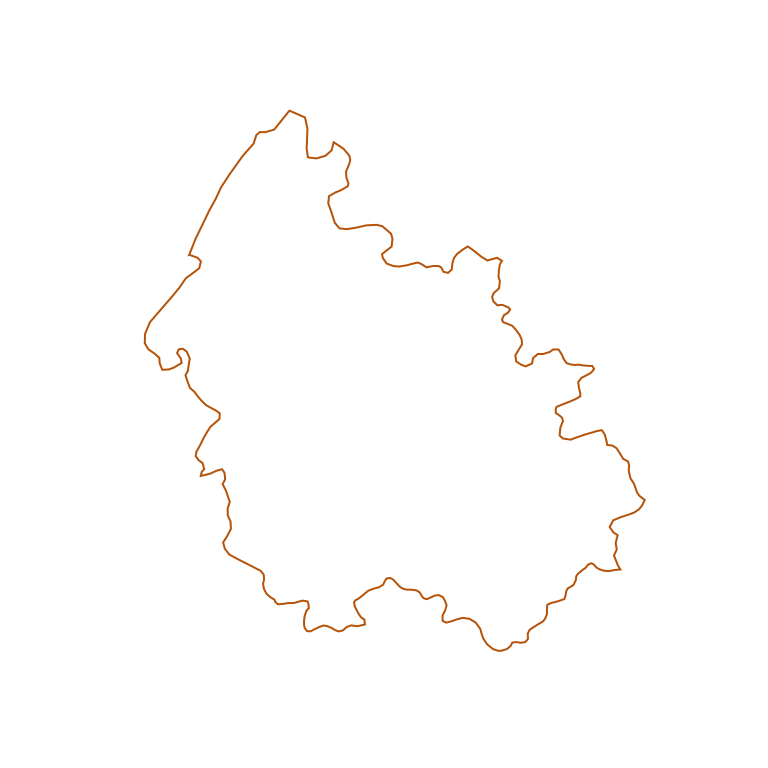 Shchuchyn, Grodno, Belarus, rotated 344°
{"feature_id": "67162791B66420794580046", "entity_name": "Shchuchyn", "entity_type": "district", "adm_level": 2, "iso_a3": "BLR", "parent_name": "Belarus", "parent_adm1": "Grodno", "projection": "orthographic", "projection_center": [24.728, 53.725], "detail": "fine", "context": "isolated", "style": "outline", "palette": "amber", "viewbox_px": 768, "rotation_deg": 344, "n_neighbors": 0, "source": "geoboundaries", "source_scale": "gbopen_adm2", "svg_char_len": 4689}
<svg xmlns="http://www.w3.org/2000/svg" viewBox="0 0 768 768"><g transform="rotate(344 384 384)"><path d="M221.4,566.6L227.4,567.7L231.2,568.1L233.3,568.7L237.3,569.7L242.4,569.7L245.7,569.7L250.6,571.9L250.8,574.4L250.0,578.6L247.0,580.5L244.1,584.6L241.9,589.5L240.9,592.9L240.5,596.6L241.9,600.3L245.2,601.5L249.7,600.6L254.4,599.8L259.0,599.4L262.5,601.0L266.4,604.0L268.4,606.3L271.7,609.1L273.7,609.5L276.6,609.5L281.3,607.3L285.9,607.0L291.8,609.5L299.4,609.9L300.2,605.0L297.5,601.7L296.1,597.2L294.6,589.9L295.0,585.6L296.5,584.2L300.7,583.2L312.1,578.3L317.6,577.9L323.1,578.0L328.0,576.6L330.0,574.2L332.7,571.7L336.4,572.1L339.0,574.6L341.1,578.8L342.5,581.7L344.3,584.5L346.6,586.6L349.8,588.2L352.3,588.8L355.3,590.0L358.4,591.4L360.8,594.1L361.8,597.5L362.4,599.8L363.5,601.2L365.7,602.6L369.2,602.2L374.5,601.4L378.5,602.0L381.8,605.1L382.8,608.9L383.2,614.0L380.2,618.7L376.5,622.6L375.1,627.9L377.9,630.5L383.4,630.7L388.7,630.3L395.2,630.5L401.1,633.1L403.6,635.6L406.4,638.6L409.0,645.9L409.0,651.2L409.3,656.3L411.5,662.8L413.5,665.7L415.8,668.9L420.0,671.8L423.1,672.8L429.4,672.6L433.6,670.6L436.1,667.9L440.1,668.5L443.8,670.4L448.5,671.0L452.1,668.8L453.3,663.7L456.2,660.4L465.4,657.6L471.5,656.0L474.3,653.9L477.2,650.1L478.6,645.2L480.2,641.2L484.5,640.6L491.8,640.8L498.1,640.4L500.0,637.7L502.2,633.3L504.2,631.2L508.9,630.0L511.0,629.2L514.6,625.0L515.7,621.9L518.1,619.9L520.8,618.7L523.6,617.5L527.5,616.1L530.1,614.0L533.6,613.4L535.6,614.9L537.8,619.1L539.5,621.0L542.7,623.4L545.0,624.5L548.6,625.9L550.8,626.1L552.5,626.1L560.1,627.4L558.8,622.7L557.8,612.2L562.1,607.3L562.9,600.7L565.0,597.0L567.0,593.7L563.7,590.1L561.5,583.7L566.8,578.2L574.5,577.3L582.6,577.0L589.2,576.5L594.6,574.7L598.6,571.9L600.7,569.5L602.7,567.4L598.8,562.1L597.4,558.3L596.8,548.7L594.9,542.4L595.3,534.8L597.2,530.0L597.2,525.7L593.3,521.9L591.9,516.6L589.9,509.9L586.6,506.1L581.8,504.2L582.2,499.4L582.2,493.2L580.7,488.4L575.5,487.9L570.2,488.0L563.5,488.0L553.0,488.5L548.2,489.0L541.0,485.7L538.6,481.9L541.6,474.4L543.9,471.4L545.9,468.9L545.8,465.5L544.3,463.0L541.1,459.1L542.1,455.7L543.4,453.6L550.1,452.8L557.0,452.2L563.4,451.4L569.3,450.0L570.1,447.2L570.4,440.8L571.2,435.7L575.5,432.5L582.7,431.1L586.4,430.1L590.1,427.5L589.1,424.0L585.4,422.9L579.3,420.5L576.0,418.8L573.1,418.6L568.6,416.5L565.2,414.2L563.5,409.0L563.2,405.3L561.3,398.9L556.1,397.4L552.2,398.9L545.1,399.0L540.2,397.5L534.4,400.2L532.0,405.1L525.0,406.1L521.3,403.3L517.3,398.8L518.2,392.6L523.1,388.0L527.7,383.8L528.6,379.2L527.9,374.3L525.8,368.5L523.3,363.3L519.0,360.0L515.7,357.5L515.1,354.8L518.1,351.0L522.9,349.6L525.7,347.2L524.8,344.8L519.5,340.5L514.7,339.6L511.9,334.8L511.9,330.1L514.7,326.7L520.9,323.8L523.7,317.2L523.7,312.4L525.6,306.7L528.4,300.9L531.3,298.1L527.5,293.8L521.8,293.8L517.5,293.8L512.7,288.6L508.6,282.7L505.0,277.9L502.2,274.8L501.4,275.2L497.1,276.4L489.8,279.2L485.9,282.3L482.9,287.1L480.7,292.6L476.2,294.8L472.2,292.6L471.0,287.5L468.8,285.6L463.9,284.1L456.9,283.5L453.3,279.3L449.9,276.5L442.6,276.2L438.9,276.2L431.0,275.3L425.5,273.2L419.7,268.9L417.6,262.5L417.9,258.6L424.0,256.1L429.2,254.0L432.2,246.7L432.2,241.5L425.8,231.8L420.9,229.0L410.6,226.6L399.6,226.0L390.5,224.8L384.1,222.1L381.1,215.4L380.8,204.1L380.2,195.0L382.9,188.3L389.9,186.5L395.7,185.9L403.6,184.0L405.1,181.6L404.8,175.2L406.0,169.4L410.9,163.4L413.3,159.4L413.6,154.9L410.0,146.9L402.4,137.8L402.3,137.7L398.1,144.9L390.6,148.5L381.1,148.5L373.3,145.2L374.6,136.0L376.6,130.2L380.8,117.4L381.5,106.0L368.4,95.2L348.5,109.2L339.3,109.2L334.1,107.6L329.9,109.5L324.9,117.0L311.5,125.5L293.8,139.5L281.7,149.9L273.2,159.7L264.0,168.9L256.8,177.0L243.0,192.4L232.3,206.2L232.5,206.2L239.4,211.1L241.8,215.6L238.3,221.8L229.3,225.3L222.7,227.7L214.0,234.9L205.0,241.1L191.4,250.0L176.1,260.0L168.1,270.0L165.3,278.7L167.0,285.6L171.8,291.5L175.2,296.8L174.1,302.3L174.8,309.2L181.0,310.7L186.6,310.3L195.3,308.0L195.7,303.5L193.6,297.2L196.4,294.1L200.6,294.8L203.3,298.6L204.3,305.9L201.9,311.1L199.1,317.3L195.6,320.8L195.8,327.3L196.4,334.2L199.7,339.5L201.5,344.4L204.3,350.4L207.0,355.1L210.5,358.7L214.9,362.9L218.0,366.9L216.2,372.3L205.3,377.3L200.6,381.5L195.9,386.0L190.2,392.3L185.0,397.4L183.1,401.4L184.7,405.9L187.8,410.1L187.8,416.3L184.7,418.0L182.5,421.9L192.3,422.3L198.9,421.2L204.8,421.3L206.2,425.5L205.1,431.7L201.3,435.9L202.6,442.5L203.3,454.7L199.4,460.6L197.6,467.2L198.6,473.8L196.9,481.1L190.6,487.7L185.7,491.9L185.6,498.5L188.4,505.5L196.4,513.2L207.7,523.7L213.8,529.5L215.8,533.9L214.9,538.8L212.7,542.6L212.1,547.6L213.2,553.2L215.7,557.2L219.2,561.1L219.3,563.2L221.4,566.6Z" fill="none" stroke="#b45309" stroke-width="2"/></g></svg>